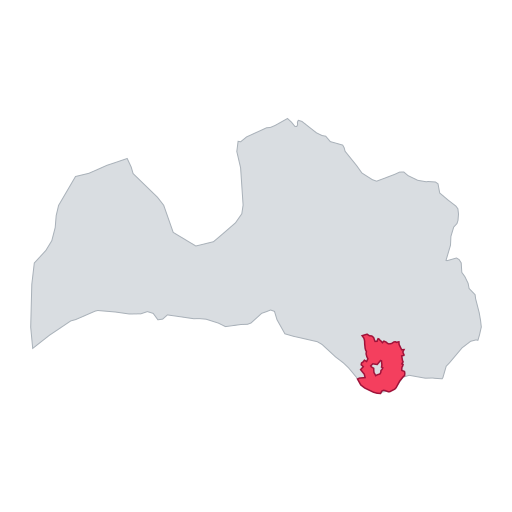 location of Daugavpils within Latvia
{"feature_id": "LVA-1081", "entity_name": "Daugavpils", "entity_type": "Municipality", "adm_level": 1, "iso_a3": "LVA", "parent_name": "Latvia", "parent_adm1": "", "projection": "mercator", "projection_center": [26.626, 55.932], "detail": "fine", "context": "in_parent", "style": "filled", "palette": "rose", "viewbox_px": 512, "rotation_deg": 0, "n_neighbors": 0, "source": "natural_earth", "source_scale": "10m", "svg_char_len": 3215}
<svg xmlns="http://www.w3.org/2000/svg" viewBox="0 0 512 512"><path d="M380.4,393.4L377.3,392.9L368.4,389.4L360.9,384.2L356.4,377.3L348.6,367.9L343.5,363.0L335.5,356.9L322.1,344.5L317.3,341.7L293.5,336.3L284.9,333.8L277.0,319.7L274.5,311.4L270.6,310.0L266.3,311.7L261.7,313.3L251.0,323.0L247.5,324.3L240.9,324.5L225.4,326.6L218.4,323.1L206.1,319.2L199.5,318.6L193.6,318.7L167.4,314.9L162.7,319.1L157.9,319.8L153.2,313.4L147.4,311.6L140.9,313.8L129.3,314.0L115.4,312.0L97.8,310.5L95.2,311.1L75.6,319.6L70.8,320.9L49.5,335.2L32.7,348.4L30.7,327.2L31.8,284.3L34.3,263.0L45.9,250.4L51.8,240.7L55.2,227.6L56.2,215.5L58.6,205.4L75.5,176.5L88.9,173.3L107.0,165.3L127.2,158.5L131.2,167.1L133.1,173.6L157.5,197.3L163.7,205.3L173.2,232.4L195.8,246.0L213.5,241.7L221.3,235.1L235.5,222.8L241.8,213.8L243.1,205.1L240.6,167.8L236.8,151.5L238.1,141.3L240.6,141.8L246.6,136.9L266.5,127.8L270.5,127.4L275.0,125.5L287.5,118.5L291.5,122.2L294.9,126.4L296.7,126.5L297.6,124.9L297.4,122.2L298.3,120.3L301.9,121.4L316.4,132.8L321.9,135.5L325.7,136.2L330.3,141.6L342.7,145.1L344.2,147.9L345.1,151.3L356.7,165.7L361.9,173.0L372.2,179.6L376.6,181.2L394.6,174.4L399.6,172.1L403.8,172.0L408.0,175.6L417.7,180.3L426.4,181.8L428.0,181.5L435.4,182.0L438.0,183.8L439.7,193.0L448.1,200.1L455.9,206.1L457.9,208.8L458.5,214.1L458.0,220.3L457.0,223.5L453.7,227.1L450.9,236.4L450.5,245.2L446.0,260.4L447.0,260.7L456.5,258.0L459.1,259.6L461.2,262.9L461.8,272.4L464.9,276.7L468.1,283.3L469.1,288.5L475.1,294.7L475.6,298.7L479.2,312.7L480.6,320.8L481.3,327.0L479.5,334.9L477.9,340.3L476.0,339.9L470.6,341.3L462.1,347.8L449.4,362.9L446.2,366.2L442.9,377.6L442.1,378.8L434.7,378.3L432.7,378.0L425.3,378.2L409.2,375.3L403.0,377.2L394.8,388.8L391.6,390.5L382.1,392.1L380.4,393.4Z" fill="#d9dde1" stroke="#a8b0b8" stroke-width="1"/><path d="M380.5,393.5L376.9,393.2L373.4,392.2L364.7,388.0L360.8,385.0L357.5,379.0L359.4,378.1L361.5,377.9L365.1,377.6L364.3,374.2L360.6,369.6L363.3,366.7L362.2,365.6L361.2,364.8L361.5,363.0L363.2,361.8L364.4,360.2L366.6,361.5L367.9,358.8L366.8,356.6L366.1,353.9L366.4,351.4L365.6,350.1L365.1,348.1L364.9,345.8L364.7,344.2L364.6,341.2L364.3,339.5L363.8,338.0L362.1,335.7L364.3,335.0L367.1,334.2L369.3,335.7L371.8,336.0L373.6,337.5L375.0,341.4L377.1,341.3L377.3,340.3L378.1,338.7L379.0,339.0L379.4,339.7L381.5,341.5L382.1,342.3L382.4,342.7L383.9,341.1L386.3,342.2L387.1,343.0L388.3,343.8L390.1,343.8L391.8,343.4L393.8,342.0L394.8,341.8L395.7,341.8L396.4,342.4L397.9,342.0L398.9,341.8L399.1,344.5L401.6,349.7L404.0,349.6L402.9,351.7L403.0,352.5L403.3,353.3L404.0,354.8L403.9,355.4L401.7,355.9L402.4,360.0L402.6,360.8L403.1,361.9L402.4,362.8L401.9,363.9L403.1,364.4L402.6,366.2L402.0,367.1L401.8,368.3L401.8,370.4L404.5,371.5L404.7,372.5L404.8,373.7L404.7,374.3L404.6,375.6L403.3,376.6L399.7,381.0L396.1,387.7L394.8,389.1L389.8,391.7L388.4,391.8L385.0,390.5L383.4,390.3L381.8,391.1L380.5,393.5ZM375.7,375.7L376.6,375.1L378.1,374.5L379.7,374.1L380.7,372.7L381.0,370.4L381.9,369.6L382.4,368.7L382.8,367.8L381.5,367.1L381.9,364.9L381.6,362.4L381.5,360.9L380.5,360.5L377.2,364.5L372.8,363.8L370.7,365.9L371.4,366.9L373.7,368.3L373.8,371.0L374.0,372.7L374.9,374.1L375.7,375.7Z" fill="#f43f5e" stroke="#9f1239" stroke-width="1.5"/></svg>